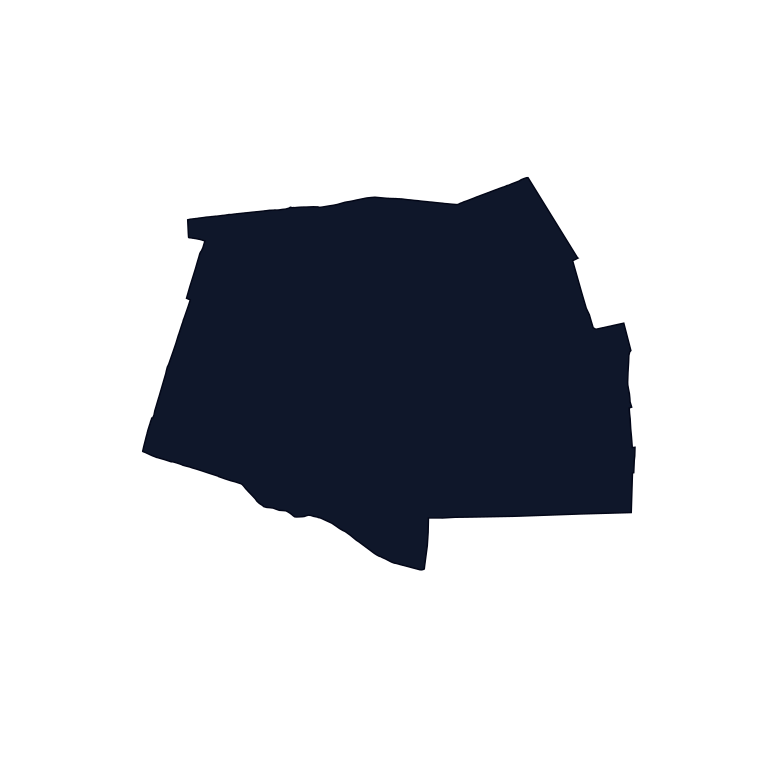 Rascaeti, Dâmbovita, Romania (Equal Earth projection), rotated 325°
{"feature_id": "2599482B15564462831456", "entity_name": "Rascaeti", "entity_type": "district", "adm_level": 2, "iso_a3": "ROU", "parent_name": "Romania", "parent_adm1": "Dâmbovita", "projection": "equal_earth", "projection_center": [25.264, 44.589], "detail": "fine", "context": "isolated", "style": "filled", "palette": "ink", "viewbox_px": 768, "rotation_deg": 325, "n_neighbors": 0, "source": "geoboundaries", "source_scale": "gbopen_adm2", "svg_char_len": 5835}
<svg xmlns="http://www.w3.org/2000/svg" viewBox="0 0 768 768"><g transform="rotate(325 384 384)"><path d="M512.8,631.1L532.9,604.2L536.5,599.4L536.9,599.5L537.7,599.9L545.2,590.1L548.1,586.8L553.3,579.8L550.9,578.5L556.3,569.4L560.4,562.2L565.6,553.8L568.2,549.1L570.6,545.1L571.2,544.3L573.6,545.0L575.3,539.8L577.2,536.7L579.4,532.8L581.4,528.3L583.2,524.5L584.7,522.2L590.4,514.6L596.9,506.4L600.9,501.1L603.6,498.7L605.4,498.2L615.3,471.7L588.9,460.7L587.6,457.9L589.7,451.5L591.9,445.1L593.1,438.0L598.4,422.3L609.2,391.2L615.1,392.1L614.9,391.6L620.3,297.6L619.1,296.8L616.4,296.0L613.8,295.4L613.0,295.3L612.2,295.3L611.4,295.3L607.7,294.4L603.3,293.3L601.2,292.9L599.9,292.6L598.6,292.0L596.7,291.7L595.1,291.3L594.3,291.0L590.3,289.9L588.6,289.5L586.0,288.8L574.6,285.9L567.0,283.9L564.6,283.4L559.7,282.2L556.9,281.5L553.9,280.6L552.8,280.4L551.6,280.2L551.3,280.1L550.8,279.9L549.9,279.7L549.0,279.6L548.3,279.5L547.7,279.4L547.1,279.1L546.4,278.7L545.1,277.6L543.5,276.3L541.6,274.7L540.2,273.5L538.8,272.3L537.3,271.1L535.6,269.5L533.7,267.9L531.6,266.1L529.3,264.1L527.4,262.4L525.3,260.7L523.9,259.4L522.1,257.9L520.1,256.2L518.2,254.5L516.8,253.2L515.7,252.3L513.9,250.8L512.7,249.7L511.0,248.2L509.4,246.9L508.3,245.9L507.3,245.0L506.5,244.3L505.9,243.7L505.2,243.1L504.8,242.7L503.6,241.8L502.8,241.1L501.8,240.4L500.8,239.6L499.9,238.8L499.2,238.4L498.6,237.9L497.8,237.3L496.8,236.6L495.7,235.7L495.0,235.3L494.4,234.7L493.8,234.2L493.3,233.9L493.0,233.7L492.8,233.5L492.1,232.9L483.7,225.8L480.8,224.1L480.5,223.9L479.2,223.2L477.8,222.4L476.5,221.7L474.5,220.8L474.2,220.7L472.4,219.9L468.9,218.4L466.9,217.5L464.6,216.6L463.2,216.0L460.3,214.7L457.9,213.5L456.5,212.9L456.4,212.8L453.5,211.8L448.8,210.2L444.9,208.5L443.1,207.6L440.9,206.5L434.8,203.6L432.2,202.2L431.9,202.0L432.0,201.7L431.3,200.9L429.9,199.9L427.8,198.3L424.5,196.2L421.2,194.1L419.5,192.9L416.9,191.2L414.9,190.0L413.2,189.0L412.0,188.4L411.5,187.9L411.1,187.6L410.8,187.5L410.3,187.2L409.7,186.8L409.3,186.2L409.0,185.8L408.8,185.6L408.6,185.5L408.0,185.5L407.5,185.5L406.9,185.4L404.6,184.6L403.5,184.2L401.8,183.2L400.7,182.6L399.7,182.1L398.0,181.3L396.8,180.6L395.8,180.0L395.2,179.5L394.3,178.8L393.1,178.2L392.1,177.5L390.9,176.8L390.2,176.3L390.0,176.1L389.8,176.0L389.0,175.6L388.6,175.4L388.4,175.3L387.7,174.9L387.0,174.6L386.9,174.5L386.3,174.2L385.5,173.7L384.8,173.4L384.6,173.3L383.5,172.7L383.2,172.5L382.2,172.0L381.6,171.6L381.3,171.5L381.0,171.3L379.7,170.6L378.4,169.8L376.7,168.9L375.5,168.2L375.0,167.9L373.7,167.2L372.4,166.5L371.9,166.2L370.9,165.7L370.3,165.3L370.2,165.3L369.7,165.0L368.7,164.4L368.0,164.0L367.1,163.6L366.0,162.9L364.8,162.3L363.1,161.3L362.0,160.7L361.7,160.6L361.2,160.3L361.0,160.1L360.1,159.7L358.9,159.0L358.3,158.7L357.3,158.2L357.1,158.1L356.8,157.9L356.7,157.9L356.3,157.7L355.8,157.4L355.3,157.1L355.0,156.8L354.6,156.6L354.4,156.4L353.9,156.1L353.3,155.9L353.1,155.8L352.0,155.2L351.3,154.9L350.3,154.4L349.7,154.1L349.2,153.8L348.2,153.2L347.0,152.6L346.4,152.3L345.3,151.7L344.0,151.0L343.5,150.8L342.8,150.3L342.2,149.9L340.8,149.2L340.2,148.8L339.9,148.7L338.6,147.9L337.5,147.4L336.9,147.0L336.5,146.8L336.0,146.5L335.0,145.9L333.6,145.1L333.1,144.9L331.7,144.2L330.2,143.4L329.4,143.0L328.7,142.6L327.2,141.8L326.4,141.5L324.8,140.6L324.5,140.4L324.0,140.2L322.4,139.3L321.2,138.7L320.5,138.3L319.6,137.8L318.8,137.5L318.5,137.4L317.7,137.0L317.4,136.9L310.1,148.4L308.1,151.7L308.1,152.0L308.2,152.3L309.7,153.5L310.5,154.3L310.7,154.6L311.4,155.1L312.1,155.9L312.7,156.4L313.7,157.4L315.1,158.9L315.4,159.2L315.8,159.6L317.1,161.1L317.6,161.8L318.8,163.4L319.4,164.1L319.1,164.3L314.8,167.7L313.8,168.5L310.9,170.2L309.2,170.8L307.6,171.8L305.2,173.8L302.0,176.3L295.7,181.4L289.9,185.9L281.2,192.6L271.4,200.5L273.6,204.0L268.4,207.9L258.6,215.0L256.5,216.4L256.4,216.6L256.1,216.7L255.9,216.9L254.6,218.0L254.2,218.3L253.7,218.6L253.4,218.8L244.5,225.5L243.7,226.0L236.7,231.5L229.3,236.9L219.3,244.1L217.8,245.0L216.3,245.8L213.5,248.2L210.9,250.6L210.6,250.8L191.9,265.8L191.7,265.9L184.8,271.4L181.0,274.4L177.8,277.5L175.1,279.1L174.9,279.1L174.3,278.7L173.8,279.0L172.8,279.9L172.1,280.3L170.9,281.2L170.2,281.8L169.6,282.3L168.6,283.0L167.3,284.0L164.3,286.3L163.7,286.8L162.8,287.6L161.9,288.3L161.8,288.5L158.4,291.3L157.4,292.2L150.9,297.8L150.7,298.0L148.3,300.2L147.9,300.5L147.7,300.8L147.9,301.3L148.7,302.4L148.9,302.7L153.1,309.9L154.8,312.4L155.6,313.7L156.4,314.5L157.9,316.4L160.9,320.1L163.3,323.3L165.0,325.6L166.4,326.6L169.3,330.2L171.8,333.6L172.7,335.2L174.7,337.6L177.4,340.7L178.8,342.7L181.4,345.9L185.2,350.9L189.2,356.3L193.0,361.3L195.5,364.6L195.4,364.9L197.7,368.1L199.1,370.1L203.1,375.4L206.0,378.8L209.8,383.9L210.2,384.9L210.5,387.0L210.7,390.4L211.3,394.8L211.9,398.5L212.3,401.2L212.7,404.1L212.7,407.1L213.4,410.3L214.8,413.7L215.2,415.5L217.2,417.9L219.9,420.1L220.1,420.3L222.0,422.0L223.7,424.5L225.8,427.4L229.5,430.4L231.0,431.7L231.9,433.5L232.9,435.8L233.6,438.0L234.1,440.0L234.7,441.6L236.3,442.9L240.9,445.8L242.7,446.8L245.0,447.4L246.9,448.1L248.7,449.7L250.4,452.0L253.3,455.0L253.5,455.3L253.5,455.6L255.0,457.1L258.8,463.6L261.4,468.0L263.3,473.0L264.7,476.9L266.2,480.2L267.6,482.6L269.7,488.6L270.8,492.6L271.8,496.2L272.8,498.6L278.7,516.5L278.8,516.8L279.0,517.4L279.4,518.3L279.8,519.3L279.9,519.6L280.1,520.0L281.1,522.0L281.4,522.5L282.1,523.3L282.4,523.7L283.0,525.0L285.0,528.3L285.7,529.7L286.8,531.8L287.4,533.0L287.9,533.9L288.7,535.2L289.0,535.5L289.2,535.9L289.4,536.2L289.8,536.7L290.0,536.9L290.2,537.0L306.6,556.4L306.8,556.7L307.4,557.2L308.1,557.7L308.9,558.1L309.3,558.3L309.8,558.4L310.9,558.6L313.3,555.9L326.7,541.3L335.0,530.9L343.6,519.2L355.4,527.5L365.9,534.0L372.2,538.3L382.2,545.1L413.7,566.3L419.8,570.3L470.5,603.2L512.8,631.1Z" fill="#0f172a" stroke="#020617" stroke-width="1.5"/></g></svg>